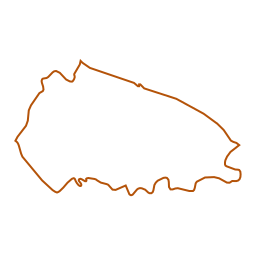 map outline of Bari (Albers equal-area conic projection)
{"feature_id": "ITA-5403", "entity_name": "Bari", "entity_type": "Province", "adm_level": 1, "iso_a3": "ITA", "parent_name": "Italy", "parent_adm1": "", "projection": "albers", "projection_center": [16.754, 40.964], "detail": "fine", "context": "isolated", "style": "outline", "palette": "amber", "viewbox_px": 256, "rotation_deg": 0, "n_neighbors": 0, "source": "natural_earth", "source_scale": "10m", "svg_char_len": 1894}
<svg xmlns="http://www.w3.org/2000/svg" viewBox="0 0 256 256"><path d="M80.6,60.9L82.5,62.8L89.9,67.9L134.0,82.9L137.9,86.2L139.1,86.2L139.1,84.4L140.3,84.4L144.2,88.4L176.3,98.8L203.6,113.7L217.4,123.8L223.7,130.0L230.9,140.6L233.3,141.9L236.4,142.9L239.2,145.1L230.5,151.9L227.1,156.5L225.4,160.2L225.0,162.2L225.0,164.4L225.5,165.6L226.6,166.3L235.2,169.5L238.1,169.7L239.2,170.0L240.3,171.6L240.6,174.2L240.4,177.0L239.5,179.3L238.0,180.6L236.1,181.1L232.2,181.0L229.6,182.7L226.9,182.6L219.1,178.3L214.1,177.1L205.0,177.5L196.8,181.7L195.7,183.3L194.8,187.8L194.1,189.9L193.0,191.0L189.3,191.0L177.8,188.2L175.3,188.5L172.7,189.4L170.5,189.4L169.0,187.0L168.8,182.0L168.4,179.7L166.9,177.9L165.3,177.6L163.4,177.9L157.7,180.7L155.8,182.6L154.4,185.0L153.4,190.3L152.7,192.1L151.4,193.2L149.5,193.2L148.3,192.6L145.2,189.7L141.8,188.3L140.0,188.1L138.3,188.6L137.0,189.5L132.7,194.6L131.7,195.1L130.6,195.1L129.4,194.3L125.7,185.5L115.6,189.9L112.5,189.6L108.5,185.1L107.9,184.6L106.6,184.1L100.8,182.6L97.0,180.3L96.2,179.6L94.7,179.0L88.3,178.0L86.7,178.4L86.1,179.0L86.3,179.9L86.4,180.7L86.0,181.2L85.0,181.2L81.6,179.2L80.4,178.8L79.2,179.2L78.8,179.9L78.8,180.6L79.2,181.3L80.7,183.2L81.1,183.9L81.3,184.6L81.2,185.5L80.7,186.0L79.7,185.9L78.5,185.1L76.8,183.0L75.5,180.7L75.0,179.2L74.5,178.6L73.8,178.2L72.8,178.5L72.2,178.7L71.6,179.1L67.5,182.7L63.3,187.6L59.8,191.0L58.5,191.9L57.0,192.5L55.2,191.8L52.6,190.1L42.1,180.4L24.4,159.1L22.4,156.7L21.1,153.6L18.9,145.8L18.3,144.2L17.5,142.7L16.7,141.8L15.4,140.8L17.6,136.7L26.0,125.8L27.8,120.7L28.8,110.3L31.0,105.3L39.4,93.1L42.8,91.1L43.5,89.6L43.1,86.5L41.9,82.8L41.6,81.0L42.1,79.3L43.0,78.6L46.6,78.0L48.2,77.0L52.6,72.4L54.2,71.3L56.1,71.0L59.8,72.8L66.1,79.5L69.8,81.4L71.4,81.6L72.4,81.5L73.1,80.7L74.1,79.1L74.7,77.2L74.6,75.9L74.2,74.9L74.3,73.9L79.8,64.5L80.6,60.9Z" fill="none" stroke="#b45309" stroke-width="2"/></svg>